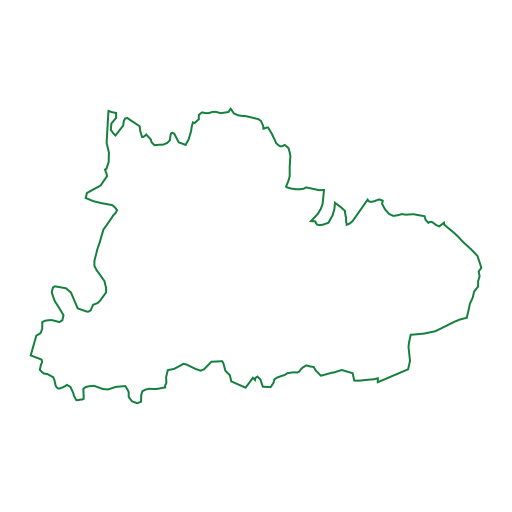 Sinbillawin, Ad Daqahliyah, Egypt (Natural Earth projection)
{"feature_id": "37247803B43017025732324", "entity_name": "Sinbillawin", "entity_type": "district", "adm_level": 2, "iso_a3": "EGY", "parent_name": "Egypt", "parent_adm1": "Ad Daqahliyah", "projection": "natural_earth1", "projection_center": [31.475, 30.883], "detail": "fine", "context": "isolated", "style": "outline", "palette": "green", "viewbox_px": 512, "rotation_deg": 0, "n_neighbors": 0, "source": "geoboundaries", "source_scale": "gbopen_adm2", "svg_char_len": 5155}
<svg xmlns="http://www.w3.org/2000/svg" viewBox="0 0 512 512"><path d="M30.7,355.4L41.6,359.6L42.1,362.1L41.0,364.6L40.4,367.2L39.8,369.7L42.1,372.2L43.9,373.5L47.4,374.1L51.0,376.0L53.3,377.3L54.5,380.4L55.0,382.7L55.6,385.5L56.2,386.7L57.4,388.0L58.6,388.6L59.2,388.6L61.0,388.0L62.7,387.4L65.1,386.2L66.9,384.9L70.4,386.9L73.3,393.2L73.9,395.7L76.3,400.1L78.0,400.1L81.0,399.5L82.2,399.5L83.7,398.8L83.6,395.7L83.4,390.1L83.4,388.8L85.4,387.2L86.9,386.8L87.9,386.4L91.0,386.1L94.0,385.8L95.8,386.5L96.8,386.8L99.3,387.7L102.9,389.0L104.0,389.1L107.4,389.4L108.2,389.4L115.9,386.9L117.8,386.7L125.3,386.1L127.2,389.1L128.7,392.1L128.7,394.2L128.7,397.0L131.8,401.1L132.3,401.4L134.7,402.3L137.1,403.2L140.1,402.1L141.1,401.7L141.1,399.4L141.2,397.3L141.2,395.0L142.4,391.2L145.4,389.7L146.0,389.5L148.9,388.8L154.2,389.0L156.5,389.0L165.2,387.4L165.0,386.4L165.1,385.7L166.4,382.8L166.1,377.1L167.8,370.1L171.1,369.5L174.1,368.9L183.6,363.8L185.3,364.3L186.7,364.6L195.2,368.8L200.5,370.7L203.3,369.6L203.9,369.4L205.8,367.5L209.4,363.8L211.5,361.7L215.1,361.6L220.2,361.3L222.2,361.2L223.3,363.1L225.4,370.8L228.3,373.7L228.8,374.2L229.8,375.1L231.3,381.4L245.6,387.7L252.9,377.8L254.1,379.0L255.0,380.0L255.5,377.9L257.5,376.6L258.1,377.2L260.5,379.7L262.8,386.7L270.6,387.1L271.7,385.5L273.7,382.4L274.1,380.5L274.4,379.4L276.0,378.3L277.2,377.5L279.4,376.8L280.0,376.5L282.9,375.5L284.2,375.2L284.7,375.0L285.4,374.5L287.6,373.1L290.6,372.7L292.9,372.4L293.9,372.3L295.4,372.4L297.1,372.5L299.2,371.6L299.7,370.9L300.8,369.4L302.9,367.4L304.1,366.7L306.3,365.4L310.3,366.5L311.3,366.6L313.7,367.0L315.8,370.6L316.4,371.2L319.2,374.0L320.9,375.7L322.5,375.3L326.1,374.3L329.8,373.3L331.0,372.9L333.8,372.5L341.8,370.0L352.6,373.2L354.3,380.6L357.8,380.7L358.5,380.7L359.0,380.7L361.0,380.5L362.5,380.3L363.1,380.2L370.9,379.5L373.1,379.4L375.5,378.9L377.8,378.3L377.8,382.2L408.1,369.3L409.1,364.9L410.0,360.8L410.0,360.7L408.6,347.9L408.5,347.2L409.0,342.8L409.1,342.2L410.7,334.8L411.4,334.7L416.6,334.3L423.9,333.6L430.7,332.2L435.4,331.2L442.3,327.8L448.7,324.6L453.4,322.3L453.9,322.0L458.4,320.1L459.4,319.7L464.5,318.3L466.7,317.8L468.7,309.6L469.8,304.2L470.3,302.8L472.0,299.2L472.7,297.6L473.0,296.6L474.1,291.5L478.1,286.6L478.1,281.3L479.6,276.2L478.7,271.5L481.3,267.8L481.3,267.7L479.7,262.7L477.5,256.0L471.9,250.1L471.4,249.6L466.4,245.0L463.5,242.4L461.7,240.5L459.8,238.5L458.2,236.7L454.0,232.8L444.1,224.6L444.1,223.4L444.0,222.7L439.2,226.4L436.3,225.1L434.5,223.8L432.8,222.5L431.6,221.9L429.8,221.9L428.4,222.9L425.7,220.0L424.5,216.2L413.3,214.2L405.7,214.7L402.1,214.1L397.4,215.3L393.3,215.9L389.2,214.0L385.1,209.5L382.1,203.9L382.7,200.7L379.2,199.4L373.9,201.3L370.9,201.9L368.6,201.2L367.6,199.7L355.6,216.8L352.6,221.1L349.6,223.6L346.7,224.8L346.7,223.6L346.1,221.7L346.1,217.9L345.5,215.4L345.0,212.3L345.0,211.0L340.9,207.2L335.0,202.8L334.4,209.0L332.6,215.3L328.4,222.8L323.1,224.6L319.6,225.2L317.2,224.6L316.0,223.3L315.4,221.4L311.0,221.1L311.9,220.1L313.1,218.9L317.8,213.9L320.8,208.9L322.6,203.9L324.0,190.0L322.1,190.1L318.5,190.1L315.6,189.4L306.1,187.4L303.8,188.7L299.6,189.3L295.5,189.2L291.4,188.6L289.0,187.9L286.7,187.3L286.1,186.6L287.3,183.5L287.9,182.3L289.1,178.5L289.7,176.0L289.7,169.7L289.7,166.6L290.4,155.9L290.1,154.7L289.8,152.8L288.6,148.4L288.0,147.7L285.1,145.2L284.6,144.9L283.3,145.8L281.0,146.4L279.2,145.8L276.2,143.2L275.1,140.7L272.7,135.7L272.2,134.4L268.9,129.0L268.1,127.5L266.9,127.5L265.1,128.1L263.9,128.7L263.3,128.7L263.3,126.2L262.2,123.7L261.0,121.1L258.6,119.2L253.3,117.9L248.0,116.6L245.1,116.0L242.1,115.9L238.0,115.3L233.9,113.4L230.7,108.8L228.4,112.0L220.7,113.2L216.0,111.9L212.4,111.9L208.9,113.1L205.3,113.1L202.4,112.4L201.2,113.0L198.8,114.9L198.8,119.3L196.7,121.1L194.7,123.0L192.9,122.4L192.3,124.6L191.7,126.7L191.1,131.1L188.7,139.3L186.3,143.6L185.7,144.9L178.7,142.3L174.5,134.1L174.0,133.5L172.2,132.8L171.0,133.5L170.4,136.0L169.8,140.4L169.0,141.1L167.4,142.8L164.5,144.1L162.7,144.7L159.7,144.7L154.4,145.2L153.1,143.8L151.5,142.1L150.9,139.6L146.2,134.5L145.0,135.7L143.2,137.0L142.0,137.0L141.5,135.1L140.3,131.3L139.7,126.3L128.0,118.5L127.3,118.0L125.0,118.6L123.8,121.1L123.2,125.5L115.5,135.5L113.1,133.0L110.8,129.8L111.4,123.5L116.1,117.9L116.1,112.9L115.5,112.8L114.1,112.6L112.0,112.2L108.5,110.9L108.1,116.9L106.6,142.9L108.9,152.4L108.7,161.9L107.1,166.8L106.5,168.7L105.0,169.6L106.5,173.7L107.1,176.2L106.0,177.7L100.5,185.6L86.9,193.0L86.4,195.3L85.7,198.0L93.4,201.2L101.7,203.2L112.3,205.1L114.3,206.9L115.2,207.7L117.0,210.2L115.8,212.7L113.4,215.2L112.1,217.1L107.5,223.9L103.4,229.6L100.5,239.7L99.8,242.1L97.4,249.0L96.2,254.0L95.2,257.6L94.4,260.9L94.4,265.0L94.4,265.9L96.7,270.3L104.4,281.0L106.1,288.0L106.1,292.4L100.2,300.5L98.6,302.1L97.8,303.0L93.1,304.8L92.2,306.8L90.7,310.4L88.3,311.7L87.2,311.7L77.7,308.4L71.0,292.6L66.0,288.3L58.2,286.9L54.8,286.3L53.0,287.5L52.4,289.4L51.8,292.5L54.1,299.5L55.3,302.0L58.2,306.4L63.5,315.2L62.4,320.1L59.4,322.1L58.0,321.7L52.3,320.2L49.3,320.1L45.2,320.7L42.3,322.0L42.3,323.2L42.2,328.9L40.5,333.2L36.3,335.7L30.7,355.4Z" fill="none" stroke="#15803d" stroke-width="2"/></svg>